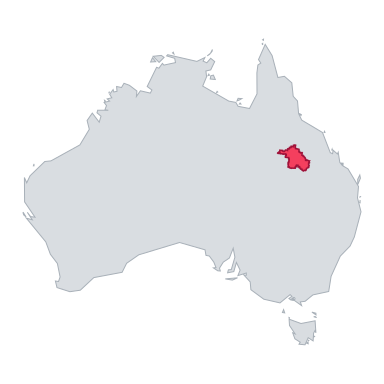 Barcaldine, Queensland, Australia (highlighted)
{"feature_id": "25037944B32668450975374", "entity_name": "Barcaldine", "entity_type": "district", "adm_level": 2, "iso_a3": "AUS", "parent_name": "Australia", "parent_adm1": "Queensland", "projection": "albers", "projection_center": [146.199, -23.052], "detail": "fine", "context": "in_parent", "style": "filled", "palette": "rose", "viewbox_px": 384, "rotation_deg": 0, "n_neighbors": 0, "source": "geoboundaries", "source_scale": "gbopen_adm2", "svg_char_len": 7152}
<svg xmlns="http://www.w3.org/2000/svg" viewBox="0 0 384 384"><path d="M272.1,55.6L277.9,77.5L284.4,76.3L291.8,82.8L293.2,96.3L297.5,101.0L298.6,113.6L301.7,120.1L322.5,132.5L330.3,152.7L332.6,153.7L333.1,150.2L337.4,154.0L338.2,152.2L339.8,162.4L342.3,165.5L348.0,168.9L358.5,186.5L357.5,197.9L361.0,211.8L354.3,237.0L350.1,246.0L340.3,256.1L331.1,276.3L328.7,291.5L312.9,294.9L305.1,301.3L300.3,301.9L301.6,305.6L294.0,300.2L295.1,298.9L294.6,297.6L293.2,297.6L290.7,299.9L288.9,298.5L291.9,296.3L290.1,294.6L280.0,302.9L263.8,299.2L250.9,289.7L250.2,281.9L243.9,275.0L246.4,275.2L246.3,273.0L237.9,275.6L240.1,270.1L236.4,262.5L233.8,271.6L227.6,272.8L228.4,269.8L231.3,269.6L234.9,257.2L233.2,248.2L229.4,258.0L223.3,262.1L219.5,268.1L220.3,271.0L217.8,270.8L213.4,267.9L216.0,267.6L213.8,262.1L209.3,256.0L206.0,255.4L205.0,249.8L179.5,242.5L138.8,254.8L126.6,263.3L122.1,272.3L93.8,277.6L80.3,290.2L69.9,291.7L57.0,287.6L55.4,281.0L58.5,281.5L60.1,277.0L57.4,263.5L50.4,254.3L45.8,241.9L26.3,218.1L32.3,219.8L27.3,212.3L30.6,216.6L35.0,217.2L24.6,201.9L24.4,177.5L26.7,182.8L30.1,175.7L44.8,161.5L50.9,160.9L79.9,144.9L89.3,129.3L87.1,120.5L92.3,113.1L99.2,122.2L101.0,116.2L97.0,112.8L97.7,110.2L108.3,110.3L104.9,109.8L106.5,105.6L104.1,102.4L109.6,101.1L107.2,98.9L111.8,97.8L109.7,94.3L113.1,89.6L113.8,92.0L117.0,91.3L116.6,86.5L121.5,87.5L124.0,83.3L129.4,85.3L136.9,91.0L136.4,96.5L140.4,90.8L150.3,93.1L151.9,90.0L147.2,86.5L156.6,67.3L158.9,68.2L162.4,63.4L163.9,65.1L175.5,62.6L174.7,58.3L166.6,55.9L167.7,54.7L196.9,61.4L204.9,57.5L203.1,61.1L206.8,62.8L210.7,58.3L214.7,61.6L210.7,69.9L205.9,71.0L206.6,76.7L202.7,86.1L228.8,101.1L235.8,102.4L238.1,106.3L249.5,108.5L257.0,93.9L256.9,72.9L257.9,65.0L260.8,63.1L258.5,59.6L265.2,44.4L272.1,55.6ZM289.1,319.2L301.0,323.5L315.1,320.8L315.9,332.8L315.0,330.6L313.6,333.1L313.1,340.9L308.2,337.7L305.0,344.8L299.0,344.2L300.2,342.2L294.9,338.8L292.7,332.8L295.1,333.9L289.5,325.5L289.1,319.2ZM153.1,56.3L161.3,55.4L164.1,57.4L159.1,62.4L153.1,56.3ZM225.3,278.9L237.5,277.8L232.4,280.1L225.3,278.9ZM213.4,75.1L215.3,79.5L210.2,79.0L210.8,75.8L213.4,75.1ZM357.8,184.5L357.7,179.3L359.8,175.0L360.4,178.2L357.8,184.5ZM311.9,312.1L315.9,313.2L316.0,314.9L311.9,312.1ZM152.5,57.7L155.8,61.7L150.6,62.0L152.5,57.7ZM284.7,312.9L282.4,312.5L283.6,309.6L284.7,312.9ZM241.8,98.6L239.4,100.0L237.0,100.9L238.1,98.3L241.8,98.6ZM26.1,217.0L23.7,214.9L23.0,212.7L23.3,212.5L26.1,217.0ZM315.1,316.5L316.6,317.6L313.7,316.7L315.1,316.5ZM341.4,163.1L343.1,163.2L343.0,165.5L341.4,163.1ZM299.2,113.4L301.4,114.7L301.0,115.5L299.2,113.4ZM308.0,341.9L308.2,343.8L306.7,343.2L308.0,341.9ZM360.1,200.0L360.1,202.8L359.8,202.7L360.1,200.0ZM173.9,54.0L172.5,52.9L173.3,52.2L173.9,54.0ZM212.1,51.2L210.3,53.6L212.4,49.5L212.1,51.2ZM360.5,196.6L359.6,197.5L360.2,196.5L360.5,196.6ZM217.7,92.0L216.6,92.5L217.1,91.4L217.7,92.0ZM209.4,75.2L208.0,75.6L208.8,74.1L209.4,75.2ZM34.0,163.9L34.0,165.8L33.4,165.8L34.0,163.9ZM262.7,43.4L262.7,44.9L262.1,43.8L262.7,43.4ZM293.2,298.3L293.6,299.2L293.1,298.9L293.2,298.3ZM209.8,54.2L207.2,55.9L209.8,53.8L209.8,54.2ZM109.5,92.1L108.7,93.3L109.2,92.0L109.5,92.1ZM308.9,340.5L308.1,340.9L308.6,340.2L308.9,340.5ZM240.9,104.0L239.4,104.0L240.1,103.0L240.9,104.0ZM105.4,101.0L104.8,101.7L104.5,100.3L105.4,101.0ZM314.6,336.5L313.6,337.1L313.9,336.0L314.6,336.5ZM263.5,39.2L263.4,40.3L262.6,39.8L263.5,39.2ZM292.7,299.5L293.7,300.4L292.0,300.2L292.7,299.5ZM325.0,132.4L324.1,132.5L324.5,131.3L325.0,132.4ZM332.3,150.0L331.8,150.0L332.1,149.1L332.3,150.0ZM289.5,317.7L289.3,318.5L289.0,317.5L289.5,317.7Z" fill="#d9dde1" stroke="#a8b0b8" stroke-width="1"/><path d="M277.9,153.4L278.0,153.4L279.1,153.5L279.3,153.6L280.2,153.0L280.4,153.4L280.7,153.8L280.9,153.7L281.9,153.8L282.7,153.9L282.7,154.1L283.3,154.2L283.3,153.9L285.3,154.1L285.3,153.9L285.6,153.9L285.5,154.4L286.0,154.5L285.9,154.7L286.3,154.7L286.3,154.8L286.2,155.0L286.3,155.2L286.3,155.3L286.2,155.3L286.2,155.6L285.9,155.8L285.7,156.0L285.6,156.3L285.5,156.6L285.4,156.6L285.4,156.8L285.3,157.0L285.4,157.3L287.0,157.5L288.7,157.6L288.6,158.6L289.0,158.6L288.9,159.6L289.2,159.6L289.1,160.8L288.9,160.8L288.7,161.7L288.9,161.7L288.8,162.4L288.1,162.4L288.0,164.0L288.4,164.0L288.1,166.3L288.3,166.3L288.2,166.9L288.9,166.9L288.9,167.0L288.6,167.2L288.9,167.3L289.0,167.4L289.3,167.3L289.3,167.5L289.5,167.5L289.8,167.7L289.9,167.8L290.0,167.9L290.0,168.0L291.3,168.3L291.4,168.1L291.5,168.1L293.6,168.2L294.5,168.2L295.3,168.2L295.3,167.6L295.0,167.5L295.1,167.0L295.3,166.8L295.9,166.9L295.9,166.2L296.4,166.3L296.5,165.1L297.3,165.2L297.5,165.2L298.0,165.2L298.0,166.0L298.0,166.9L298.5,166.9L298.7,166.7L298.9,166.5L299.6,166.6L299.5,168.1L299.4,168.1L299.5,168.3L299.5,168.1L300.6,168.2L300.6,168.7L300.6,169.1L301.8,169.2L301.7,169.6L301.8,169.8L302.0,169.8L302.0,170.1L302.3,170.3L302.5,170.3L302.8,170.4L302.8,170.5L303.0,170.7L303.0,170.8L303.3,171.0L303.4,170.9L303.3,170.7L303.5,170.7L303.8,170.6L304.0,170.5L304.2,170.4L304.3,170.3L304.5,170.3L304.5,170.5L304.8,170.6L305.0,170.6L305.3,170.6L305.3,170.3L305.5,170.3L305.8,170.3L305.8,170.2L305.9,169.9L306.1,169.9L306.2,169.7L306.3,169.6L306.3,169.4L306.3,169.2L306.4,168.9L306.5,168.8L306.5,168.7L306.5,168.4L306.8,168.3L307.2,168.1L307.4,167.9L307.5,167.9L307.9,167.7L308.0,167.7L308.3,167.7L308.5,167.6L308.4,167.5L308.4,167.4L308.5,167.2L308.4,167.0L308.5,166.9L308.4,166.6L308.4,166.4L308.5,166.3L308.7,166.2L308.9,166.0L309.0,166.0L309.0,165.9L308.9,165.8L308.9,165.7L309.0,165.6L308.9,165.5L308.9,165.4L308.9,165.2L309.0,165.1L308.9,164.9L308.6,164.7L308.7,164.4L308.6,164.2L308.6,163.9L308.7,163.6L308.8,163.5L308.7,163.5L308.7,163.4L308.6,163.2L308.8,163.1L308.8,162.9L308.8,162.7L309.1,162.6L309.3,162.5L309.4,162.4L309.4,162.2L309.3,161.9L309.2,161.8L309.1,161.7L309.2,161.4L309.2,161.1L309.3,161.0L309.4,160.9L308.3,160.7L307.6,160.4L307.6,160.1L306.8,160.0L306.5,159.9L306.4,160.5L305.7,160.4L305.8,160.2L305.9,159.8L306.0,159.6L305.9,159.5L305.9,159.3L305.8,159.1L305.7,159.0L305.4,158.9L305.2,158.8L305.2,158.7L305.1,158.4L305.1,158.0L305.2,157.9L305.1,157.7L304.9,157.4L304.7,157.2L304.4,157.2L304.2,156.9L304.1,156.6L304.0,156.4L303.8,156.5L303.6,156.4L303.5,156.5L303.4,156.5L303.3,156.4L303.2,156.4L303.1,156.2L302.9,155.8L302.9,155.7L303.1,155.5L303.1,155.4L301.9,155.2L302.1,153.3L302.3,152.8L302.2,152.7L302.0,152.9L301.7,153.0L301.4,152.9L301.2,152.8L300.8,152.9L300.7,152.9L300.8,152.5L299.3,152.3L299.5,151.4L298.9,151.3L299.0,150.3L299.0,149.9L299.0,149.3L298.7,149.2L297.4,149.0L297.4,148.9L296.4,148.8L296.4,148.7L295.5,148.6L295.5,147.6L295.2,147.5L295.2,147.2L295.3,147.2L295.4,145.5L295.6,145.5L295.6,145.1L294.4,145.0L294.3,145.4L293.5,145.3L293.4,146.8L292.0,146.6L292.0,146.3L291.2,146.2L291.1,147.3L290.4,147.2L290.4,147.3L290.5,147.4L290.5,147.7L289.4,147.6L289.3,148.8L288.1,148.7L288.0,149.2L287.6,149.1L287.5,150.2L287.4,150.1L286.7,150.1L285.4,150.0L284.8,151.0L284.6,151.2L284.5,151.3L284.4,151.4L284.3,151.5L283.9,151.5L283.8,151.2L282.6,151.1L282.6,150.4L281.3,150.3L279.8,150.2L279.8,151.3L278.6,152.3L278.6,152.2L277.7,152.9L277.6,153.1L277.9,153.4Z" fill="#f43f5e" stroke="#9f1239" stroke-width="1.5"/></svg>